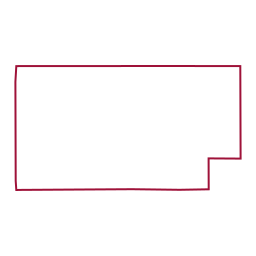 the district of Frontier, Nebraska, United States of America
{"feature_id": "52423323B47045621610047", "entity_name": "Frontier", "entity_type": "district", "adm_level": 2, "iso_a3": "USA", "parent_name": "United States of America", "parent_adm1": "Nebraska", "projection": "natural_earth1", "projection_center": [-100.43, 40.525], "detail": "fine", "context": "isolated", "style": "outline", "palette": "rose", "viewbox_px": 256, "rotation_deg": 0, "n_neighbors": 0, "source": "geoboundaries", "source_scale": "gbopen_adm2", "svg_char_len": 272}
<svg xmlns="http://www.w3.org/2000/svg" viewBox="0 0 256 256"><path d="M16.3,66.1L15.4,81.8L15.7,180.9L16.3,190.0L21.6,189.9L132.0,189.2L179.6,189.8L208.7,189.3L208.6,158.4L240.6,158.6L240.3,66.1L172.4,66.0L16.3,66.1Z" fill="none" stroke="#9f1239" stroke-width="2"/></svg>